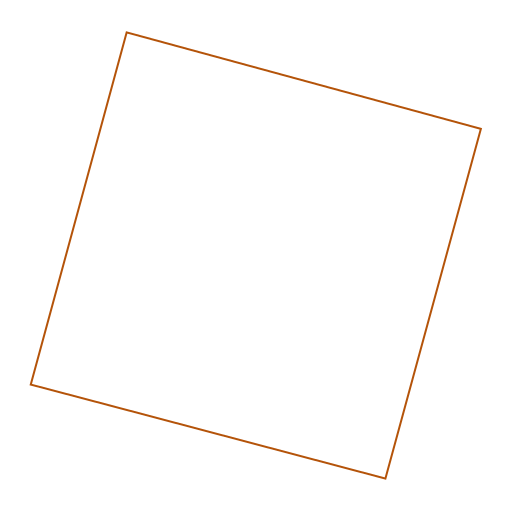 the district of Pocahontas, Iowa, United States of America, rotated 105°
{"feature_id": "52423323B21865505270884", "entity_name": "Pocahontas", "entity_type": "district", "adm_level": 2, "iso_a3": "USA", "parent_name": "United States of America", "parent_adm1": "Iowa", "projection": "albers", "projection_center": [-94.679, 42.734], "detail": "fine", "context": "isolated", "style": "outline", "palette": "amber", "viewbox_px": 512, "rotation_deg": 105, "n_neighbors": 0, "source": "geoboundaries", "source_scale": "gbopen_adm2", "svg_char_len": 232}
<svg xmlns="http://www.w3.org/2000/svg" viewBox="0 0 512 512"><g transform="rotate(105 256 256)"><path d="M75.0,71.7L73.5,438.8L438.5,440.3L438.2,349.6L437.5,73.4L75.0,71.7Z" fill="none" stroke="#b45309" stroke-width="2"/></g></svg>